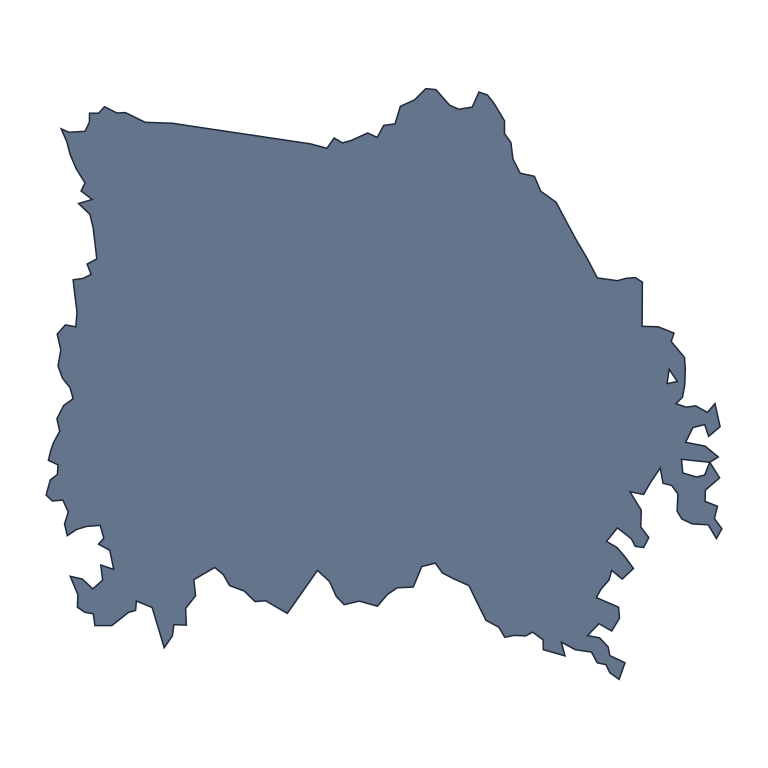 the district of Não-Me-Toque, Rio Grande do Sul, Brazil
{"feature_id": "56859067B13255283140356", "entity_name": "Não-Me-Toque", "entity_type": "district", "adm_level": 2, "iso_a3": "BRA", "parent_name": "Brazil", "parent_adm1": "Rio Grande do Sul", "projection": "natural_earth1", "projection_center": [-52.81, -28.462], "detail": "fine", "context": "isolated", "style": "filled", "palette": "slate", "viewbox_px": 768, "rotation_deg": 0, "n_neighbors": 0, "source": "geoboundaries", "source_scale": "gbopen_adm2", "svg_char_len": 2808}
<svg xmlns="http://www.w3.org/2000/svg" viewBox="0 0 768 768"><path d="M61.2,128.8L66.9,142.0L70.0,154.2L76.2,168.8L85.0,182.9L81.1,191.0L92.2,199.5L78.5,203.5L89.9,214.4L93.2,227.9L96.8,258.8L87.1,264.1L91.1,274.4L83.0,278.4L73.1,279.8L75.0,296.0L77.0,312.2L75.8,326.8L65.4,324.9L57.2,334.1L60.8,349.9L58.0,365.9L62.4,378.1L70.1,387.8L73.1,398.7L63.7,405.5L56.9,418.7L59.7,431.1L53.3,443.1L50.5,451.5L48.4,460.4L58.0,464.8L57.4,474.5L50.3,479.9L46.1,495.1L52.4,501.0L62.9,500.1L68.3,512.1L64.5,523.9L67.3,535.7L76.6,529.4L86.8,526.4L100.2,525.4L103.8,538.2L98.5,544.1L109.8,550.4L113.7,569.4L100.8,565.0L102.6,580.1L92.8,588.9L82.4,579.1L70.2,576.3L77.9,594.8L77.4,607.2L84.8,612.3L93.3,613.8L94.9,625.6L111.8,625.6L128.3,612.5L135.6,610.4L136.4,601.1L152.1,607.5L164.2,647.7L172.4,635.9L173.9,624.7L186.4,625.1L185.6,608.5L195.6,595.7L193.8,579.7L214.7,567.5L223.2,574.4L229.6,585.6L244.1,591.0L255.1,601.6L265.5,600.7L287.3,613.4L317.5,570.4L329.6,581.6L336.2,596.3L344.2,604.7L359.2,601.1L377.4,606.2L387.5,594.4L397.1,587.9L413.3,587.0L421.7,566.6L435.4,563.1L442.3,572.9L453.2,578.6L468.9,585.6L475.0,598.2L485.9,620.3L498.8,627.2L504.8,637.3L514.0,635.4L525.8,635.9L532.6,632.1L543.1,639.9L543.3,649.7L565.0,655.9L561.4,642.2L575.3,649.7L591.5,652.1L597.2,662.8L606.0,664.7L609.8,672.7L619.1,679.4L625.0,662.8L609.8,655.6L608.1,646.8L599.6,637.8L587.5,635.6L598.9,623.7L611.7,631.0L619.5,618.2L618.6,607.2L596.4,597.6L601.0,589.1L609.0,580.1L611.7,570.4L622.2,579.1L633.5,568.5L625.1,557.0L617.0,547.5L606.5,541.4L617.4,527.9L631.2,538.6L635.3,546.4L643.6,547.5L648.8,537.6L640.8,526.9L641.3,510.2L629.9,491.7L643.6,494.5L650.2,482.9L660.3,468.0L663.0,483.3L671.6,485.4L677.9,494.0L677.1,511.3L682.0,519.1L692.2,523.9L708.2,524.8L716.4,538.6L721.9,528.8L714.4,518.5L717.5,506.3L705.1,501.4L705.4,490.1L719.6,477.9L709.8,462.3L718.3,457.0L705.0,446.1L685.6,442.3L692.9,427.6L704.7,424.6L708.6,436.4L720.1,426.7L715.0,403.6L707.5,412.4L695.7,405.9L686.1,407.1L675.9,403.6L682.5,397.3L684.8,384.6L685.3,368.9L684.5,357.5L671.2,341.5L674.0,333.1L658.3,326.8L642.1,326.3L642.4,282.2L635.2,277.5L625.6,278.4L617.4,280.7L597.3,277.9L587.7,259.4L575.4,238.4L566.6,222.0L556.1,202.2L540.8,191.3L534.4,176.3L520.2,173.2L513.0,159.1L510.9,142.5L504.5,133.6L504.5,120.8L494.0,103.3L487.5,95.1L479.0,92.0L472.2,107.1L458.9,109.2L449.6,105.2L435.9,89.6L425.8,88.6L414.5,99.9L400.4,106.3L395.0,123.9L383.7,125.4L377.2,137.4L367.6,133.0L351.1,140.5L342.6,142.9L334.1,138.0L326.9,148.3L310.7,143.9L186.3,125.4L173.1,123.3L145.2,122.3L125.4,112.6L116.9,113.0L104.5,106.7L98.7,113.2L89.5,113.2L89.4,122.3L85.0,131.3L68.9,132.3L61.2,128.8ZM709.8,462.3L704.6,475.1L696.6,477.0L682.8,473.0L681.5,459.3L709.8,462.3ZM677.3,381.5L667.1,383.6L669.1,369.3L677.3,381.5Z" fill="#64748b" stroke="#1e293b" stroke-width="1.5"/></svg>